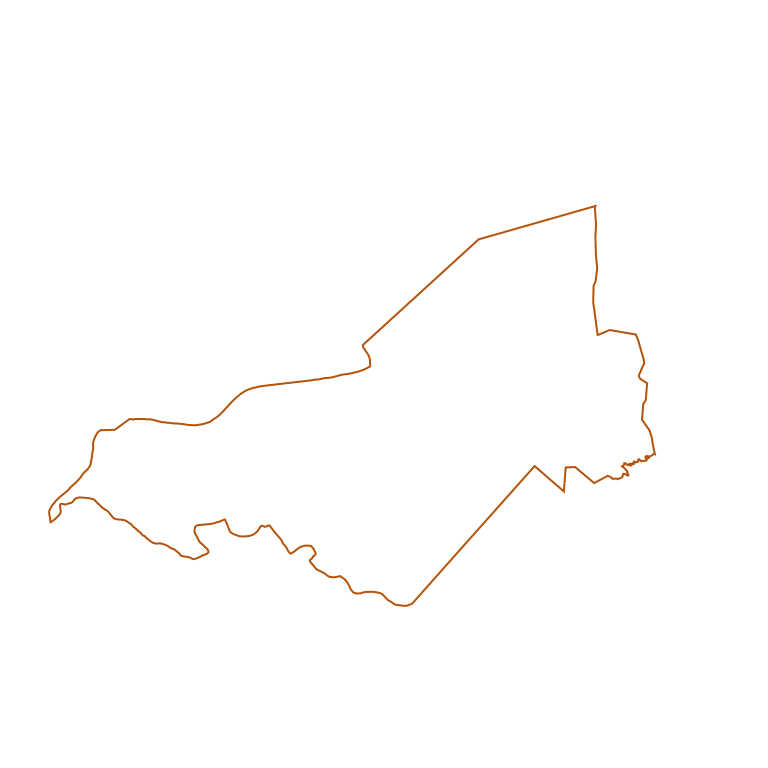 the district of Luampa, Western, Zambia, rotated 108°
{"feature_id": "96606910B75659295397669", "entity_name": "Luampa", "entity_type": "district", "adm_level": 2, "iso_a3": "ZMB", "parent_name": "Zambia", "parent_adm1": "Western", "projection": "equal_earth", "projection_center": [24.874, -15.433], "detail": "fine", "context": "isolated", "style": "outline", "palette": "amber", "viewbox_px": 768, "rotation_deg": 108, "n_neighbors": 0, "source": "geoboundaries", "source_scale": "gbopen_adm2", "svg_char_len": 6094}
<svg xmlns="http://www.w3.org/2000/svg" viewBox="0 0 768 768"><g transform="rotate(108 384 384)"><path d="M584.4,326.6L584.1,322.5L584.3,320.8L588.1,314.1L589.0,310.0L590.1,306.4L590.2,305.3L590.2,303.5L589.5,300.2L589.0,297.2L588.4,295.2L587.5,293.3L584.3,289.4L518.7,260.7L415.5,215.4L430.6,179.7L407.3,185.4L403.9,176.6L413.3,153.5L402.2,142.9L402.5,140.0L402.8,139.1L403.2,137.5L403.6,137.1L403.1,136.6L402.7,135.1L402.3,134.3L402.1,133.2L402.3,132.2L401.7,131.7L401.4,131.7L401.3,131.2L400.3,129.9L399.3,128.8L398.9,128.5L398.6,128.5L398.2,128.7L396.8,128.7L396.1,128.8L395.8,128.8L395.3,128.2L395.2,127.9L395.4,127.1L395.3,126.6L395.4,124.7L395.8,123.9L395.8,123.6L395.2,123.4L395.0,123.5L394.2,124.1L393.9,124.6L393.0,125.4L392.5,125.5L392.1,125.4L391.8,125.6L391.6,125.9L391.1,127.2L390.5,128.1L390.0,129.1L389.3,130.1L388.9,131.7L388.9,132.1L388.7,132.3L388.1,131.5L387.8,131.2L386.1,130.5L385.7,130.6L385.3,131.0L385.1,131.0L385.1,130.5L384.7,130.1L384.7,129.7L385.2,129.0L385.8,128.1L385.8,127.9L385.6,127.3L385.5,126.3L385.5,124.8L385.3,124.0L385.0,123.9L384.7,124.1L384.7,124.5L385.0,125.2L384.8,125.8L384.4,126.2L384.1,125.8L383.8,124.8L383.1,123.8L383.2,123.3L383.4,123.3L383.6,122.9L383.5,122.3L383.2,121.8L382.4,121.9L382.1,122.1L381.7,122.6L381.3,122.4L381.1,122.2L380.5,122.2L380.6,121.7L380.6,121.2L380.9,121.0L381.0,120.6L380.5,120.3L380.1,119.8L379.5,118.5L379.0,118.3L378.1,118.4L377.7,118.8L376.8,118.5L376.7,118.1L376.8,117.7L377.6,116.4L377.9,114.9L377.3,114.6L377.1,114.3L376.6,112.7L376.3,111.6L375.3,110.7L374.9,110.7L373.7,111.9L373.3,112.4L372.5,112.7L371.7,112.5L371.4,112.1L371.1,110.9L371.1,110.6L371.5,110.3L372.1,110.5L372.8,110.4L373.0,110.2L372.8,109.6L372.3,109.2L371.1,109.0L370.4,108.6L370.1,108.3L369.1,107.0L367.7,106.1L366.7,105.8L366.5,105.4L366.7,104.9L357.0,110.4L352.4,112.6L350.1,114.2L346.1,117.1L338.2,127.6L322.8,131.3L319.6,130.2L318.2,130.1L303.7,133.6L302.2,133.8L301.9,134.3L300.0,141.6L299.8,141.9L298.2,143.8L297.8,144.1L297.1,144.3L291.1,143.7L288.2,143.5L284.2,142.8L283.1,143.3L281.1,144.2L263.8,155.8L259.7,159.4L259.4,159.6L259.1,159.6L262.9,185.7L263.1,186.3L271.2,195.6L271.3,196.0L248.5,206.9L241.9,210.2L226.2,214.9L225.5,215.0L221.7,214.5L220.9,214.5L208.9,216.8L207.8,217.1L195.4,222.5L193.3,223.2L178.8,228.4L167.1,231.5L150.7,238.1L150.1,238.2L149.5,238.1L217.2,338.7L353.4,416.1L354.0,416.0L355.7,415.0L361.2,407.8L364.6,405.2L371.2,402.6L372.0,402.9L373.3,404.4L374.2,405.1L376.8,407.9L380.5,412.7L381.8,415.0L383.5,417.7L385.8,421.8L387.7,426.0L388.7,427.8L390.7,430.7L392.2,433.1L393.4,434.8L395.0,438.0L396.7,442.2L398.9,445.9L400.1,448.1L400.5,449.4L401.4,451.5L403.0,454.3L421.7,495.2L422.8,497.4L424.2,500.4L425.7,503.1L427.3,505.6L427.7,506.7L430.7,510.7L432.3,512.6L433.7,514.1L437.1,516.7L438.2,517.6L442.6,520.3L448.5,523.5L450.2,524.2L451.8,525.0L453.6,525.7L455.0,526.5L459.9,528.6L463.8,530.6L467.3,532.9L470.0,535.1L473.7,537.7L476.8,541.9L478.6,544.7L480.2,548.0L481.4,550.1L482.4,553.6L483.5,558.0L484.2,562.5L484.7,564.7L485.1,567.0L486.4,571.6L487.4,576.6L488.0,578.6L488.1,580.4L488.7,582.3L489.0,584.5L489.6,594.2L490.0,596.0L490.8,597.9L491.4,601.5L492.1,603.1L492.7,605.4L493.5,607.3L493.9,609.2L494.6,610.6L495.3,611.4L495.9,615.1L496.3,615.5L499.8,617.9L500.0,618.1L510.7,625.8L515.0,637.7L515.3,638.5L515.2,639.0L516.5,640.1L517.6,640.8L518.9,641.5L522.1,642.2L524.8,642.5L527.0,642.6L530.7,642.4L532.1,641.7L536.0,640.5L537.6,640.3L539.4,640.2L542.0,639.5L545.7,639.0L546.8,638.7L547.8,638.7L549.6,638.5L550.7,638.3L552.7,638.2L556.6,639.5L559.6,641.2L562.5,642.5L568.1,644.3L569.4,645.0L572.8,646.5L579.2,650.3L583.0,651.8L592.9,658.2L594.9,659.1L596.2,659.9L598.3,660.6L601.8,662.1L607.1,663.1L608.2,663.1L609.2,662.9L611.6,662.0L612.7,661.2L613.8,660.7L618.5,658.4L617.4,657.4L614.2,655.1L609.5,652.7L607.1,651.9L605.5,651.9L599.6,654.7L598.5,654.7L597.7,654.0L597.3,651.8L597.2,650.0L596.6,649.0L595.1,647.2L594.5,645.9L593.5,644.5L592.3,643.7L589.5,642.7L587.9,641.7L586.1,639.0L585.2,635.7L583.8,629.6L583.4,624.6L583.8,623.3L585.2,620.8L587.6,615.8L588.6,614.0L589.4,611.1L589.6,610.9L590.0,608.4L590.5,607.1L591.2,606.0L592.3,604.2L594.8,600.4L595.4,597.9L595.1,595.5L594.3,592.3L593.8,589.6L593.8,587.3L595.7,580.8L597.1,578.5L598.4,575.1L599.1,573.8L600.0,571.5L600.3,570.5L602.4,566.8L602.6,565.5L602.5,564.8L603.7,562.8L604.5,560.7L605.9,556.9L606.4,554.8L606.4,552.9L606.1,550.9L605.4,549.5L604.6,547.1L604.5,543.5L604.9,539.3L605.3,538.3L606.1,535.6L606.2,535.0L606.1,534.3L605.8,533.5L606.6,531.0L607.5,528.6L608.4,526.4L609.6,524.8L610.1,523.0L609.8,520.7L609.4,518.9L609.0,516.6L609.0,515.4L609.5,511.7L609.3,510.6L607.6,508.2L606.3,506.7L603.4,503.9L602.5,502.8L601.6,501.6L600.6,500.4L599.5,499.4L598.3,499.0L597.0,499.5L595.8,500.8L594.6,503.1L593.3,505.8L591.4,510.3L588.3,513.7L586.3,515.4L584.9,517.1L583.0,518.6L581.3,519.1L578.9,519.5L577.6,519.1L576.6,518.5L575.7,517.2L571.8,508.2L569.9,504.2L568.1,501.4L567.0,500.1L565.9,498.2L562.3,494.0L562.1,493.2L562.9,492.7L564.3,491.2L571.2,485.5L572.2,484.4L573.1,481.5L573.4,480.2L573.3,477.3L573.4,476.9L573.5,474.2L571.7,468.4L569.9,464.8L567.1,461.2L565.5,460.3L564.0,459.3L562.5,458.6L558.7,457.7L557.0,457.0L556.4,455.8L556.5,454.5L556.7,453.5L556.3,452.4L554.1,450.0L553.9,449.3L554.3,448.6L559.6,440.8L562.8,435.3L565.1,432.2L566.3,431.5L567.7,429.5L568.7,427.7L570.4,425.5L573.0,423.0L574.1,421.0L574.2,420.4L573.4,419.5L572.6,418.9L570.8,417.4L568.0,415.6L565.5,413.8L563.3,411.1L562.0,409.0L561.8,407.8L561.1,406.2L561.1,405.4L560.5,403.5L561.6,401.6L563.0,399.6L563.7,398.9L564.0,398.8L564.4,398.4L565.4,397.2L566.3,396.6L567.5,396.6L568.3,397.2L569.4,397.5L570.0,398.2L572.2,398.6L574.5,400.1L575.7,399.4L576.1,399.0L579.3,393.7L580.9,391.5L580.9,391.1L581.5,388.4L581.8,385.4L582.7,381.1L583.7,379.2L584.2,376.0L583.3,371.6L580.3,366.3L581.7,361.4L582.8,359.4L583.2,358.9L583.4,358.9L583.8,358.0L585.0,356.5L587.3,354.2L589.3,352.5L591.4,349.3L591.9,347.7L591.6,345.1L590.9,343.2L590.4,341.7L589.2,340.2L588.1,338.4L587.3,336.8L585.0,330.1L584.4,326.6Z" fill="none" stroke="#b45309" stroke-width="2"/></g></svg>